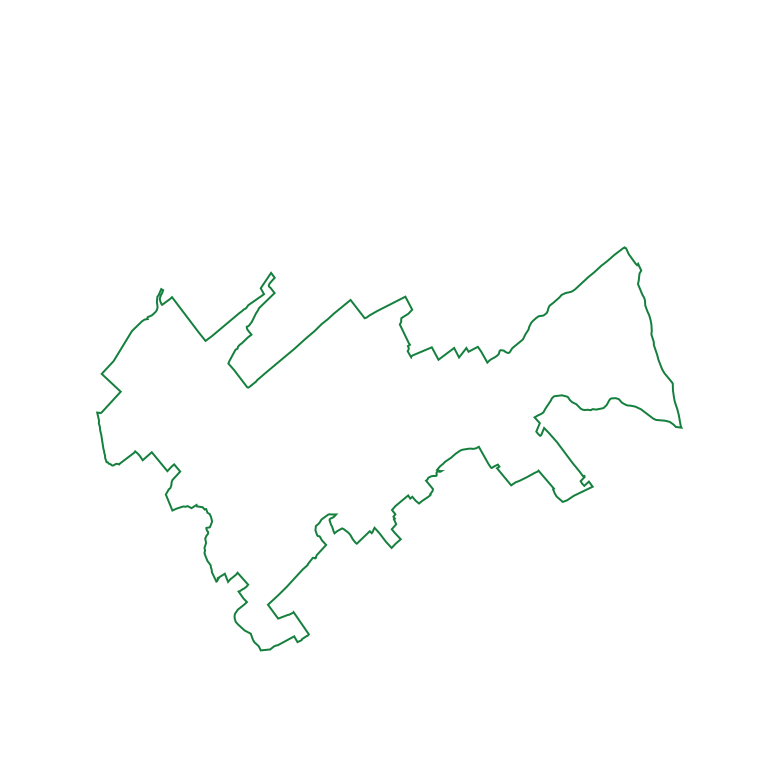 Lungani, Iasi, Romania, rotated 241°
{"feature_id": "2599482B77898922743518", "entity_name": "Lungani", "entity_type": "district", "adm_level": 2, "iso_a3": "ROU", "parent_name": "Romania", "parent_adm1": "Iasi", "projection": "natural_earth1", "projection_center": [27.139, 47.151], "detail": "fine", "context": "isolated", "style": "outline", "palette": "green", "viewbox_px": 768, "rotation_deg": 241, "n_neighbors": 0, "source": "geoboundaries", "source_scale": "gbopen_adm2", "svg_char_len": 6166}
<svg xmlns="http://www.w3.org/2000/svg" viewBox="0 0 768 768"><g transform="rotate(241 384 384)"><path d="M498.0,119.3L489.8,116.9L487.9,115.5L484.5,114.8L480.8,113.2L476.7,112.1L462.9,107.0L460.9,106.7L459.9,106.1L456.3,105.2L454.7,104.3L450.1,103.5L449.6,104.4L447.7,104.7L446.4,106.0L445.1,106.3L444.0,107.5L444.0,111.0L443.3,112.2L442.0,113.4L442.4,114.1L445.0,132.3L445.7,133.7L442.5,134.9L439.2,135.6L434.3,136.0L436.9,147.8L412.8,152.3L414.6,157.8L415.4,161.5L406.2,163.3L402.6,152.4L401.0,150.6L398.5,148.9L396.5,146.6L396.2,144.7L393.1,139.6L375.9,137.6L375.6,141.8L374.3,148.8L372.7,151.3L372.4,153.0L368.7,155.5L369.1,161.4L367.6,161.1L364.2,165.6L361.2,166.3L361.2,167.0L360.8,167.8L357.0,167.2L354.6,168.5L351.4,168.2L347.1,167.0L345.2,164.9L343.1,162.2L344.2,158.9L343.4,158.4L341.5,158.1L340.2,158.4L339.1,158.1L338.0,157.0L337.5,155.4L335.5,152.7L331.4,151.4L330.1,150.2L327.9,147.7L326.6,147.1L325.1,146.8L323.5,145.2L321.9,144.7L314.9,143.8L309.6,144.5L307.5,143.7L305.6,143.4L302.6,142.2L292.4,141.6L292.3,141.9L293.2,143.6L294.1,144.0L294.1,144.9L294.8,144.8L295.2,152.8L286.5,151.7L287.7,154.9L288.9,162.0L289.9,164.4L274.3,167.9L273.4,165.5L272.9,162.2L273.1,161.2L272.7,157.8L273.0,156.2L264.6,157.1L259.7,158.4L258.8,154.7L257.5,146.7L255.1,142.1L253.2,140.6L251.2,139.7L247.8,139.0L244.3,139.8L236.0,142.6L230.2,146.4L223.9,145.4L221.1,145.4L215.4,147.3L210.7,147.1L207.0,155.8L207.8,160.4L207.6,162.7L207.0,164.3L206.8,183.1L200.2,183.2L199.9,187.3L200.0,187.9L200.6,188.6L201.0,193.9L200.9,195.5L201.5,196.9L228.3,194.3L228.0,193.7L228.2,189.0L228.6,188.2L230.1,177.7L247.2,175.5L250.4,188.7L253.7,200.5L261.2,223.0L262.7,229.6L263.3,230.0L266.1,236.6L266.4,237.7L265.8,238.6L264.9,239.1L264.9,240.1L266.0,241.0L266.9,242.2L271.3,255.4L277.3,253.9L281.5,253.9L282.0,253.8L283.0,252.5L284.0,252.2L289.3,253.1L292.8,255.6L293.3,258.5L294.0,260.5L295.8,263.7L296.8,271.9L296.5,273.2L295.5,274.5L293.1,278.9L292.1,275.8L292.0,273.7L292.3,271.7L291.5,270.4L286.9,269.5L284.3,269.4L281.1,268.9L280.0,268.5L277.4,268.3L278.0,271.9L278.0,277.4L276.6,278.4L271.1,280.8L268.0,281.4L263.4,281.4L259.1,282.1L257.5,282.8L262.1,300.2L259.5,300.9L260.3,302.7L261.7,304.3L262.8,306.0L255.5,307.7L245.1,309.2L236.9,311.2L238.6,316.5L240.1,323.4L248.7,321.2L253.2,320.4L255.4,326.7L261.0,327.1L261.0,328.2L263.3,327.9L264.6,330.8L269.9,329.9L271.7,334.9L274.8,351.1L271.1,351.4L271.6,354.1L266.5,355.1L262.5,356.7L263.2,360.5L263.9,368.7L264.4,370.9L264.6,371.2L265.3,371.1L266.8,374.6L268.4,375.9L279.1,373.9L279.3,375.6L280.5,377.3L280.4,380.3L280.0,381.7L278.3,385.3L279.0,386.1L280.8,386.8L281.2,387.2L281.6,388.4L280.0,390.5L280.0,392.0L280.8,390.6L283.1,388.7L284.8,393.0L285.6,397.4L286.3,399.3L287.0,407.0L288.2,412.5L288.8,418.1L288.6,420.3L286.6,426.0L285.5,428.5L284.3,430.0L283.6,431.7L283.1,433.4L283.1,436.5L263.6,436.6L259.0,437.0L258.3,437.5L258.5,441.1L258.3,444.5L255.7,444.8L255.5,442.0L233.7,446.1L234.2,451.6L233.6,455.4L233.2,464.0L233.2,472.6L232.9,476.2L233.3,477.1L210.0,481.9L209.9,480.8L205.4,480.3L201.9,480.4L194.2,483.2L193.5,487.6L194.2,495.8L193.0,516.7L199.3,515.9L197.8,509.8L200.8,509.0L203.7,508.9L205.4,514.4L206.5,514.7L206.7,514.4L206.5,513.5L207.2,513.3L212.1,512.7L223.6,510.6L249.2,507.1L261.1,504.5L267.9,502.7L263.1,496.8L262.9,495.5L265.6,494.6L268.5,494.1L274.2,501.3L281.8,499.5L281.9,504.1L281.6,506.3L281.8,509.5L284.3,513.5L288.5,521.7L290.0,523.8L290.7,526.2L290.7,527.1L287.8,534.2L284.3,537.9L283.3,538.5L279.7,538.8L276.8,539.8L273.1,542.4L267.0,544.1L265.1,545.4L263.9,546.9L262.7,549.7L260.8,552.2L260.9,554.2L258.7,557.3L256.5,564.3L257.7,568.7L260.6,573.2L261.1,574.5L261.2,575.7L259.6,579.2L258.5,580.6L256.7,582.1L252.4,583.0L248.8,585.2L247.1,586.7L245.4,589.3L242.4,592.8L237.3,596.5L223.2,602.7L220.6,604.6L215.6,612.1L212.3,615.6L208.3,617.5L204.9,618.5L201.6,623.0L203.5,623.2L214.0,626.8L219.7,628.3L227.4,629.7L230.8,630.8L238.3,633.6L244.2,636.7L245.6,636.7L257.5,634.5L262.2,634.4L272.2,635.8L277.3,637.1L287.2,638.9L289.9,640.3L297.3,641.8L298.4,642.3L300.5,643.9L306.4,646.7L310.8,648.2L315.6,649.3L320.0,649.6L326.1,650.6L330.2,652.6L332.7,653.3L337.3,653.3L348.3,654.6L350.8,656.8L356.8,661.1L358.5,664.0L365.9,664.5L365.2,663.0L367.2,662.4L378.9,661.0L385.4,661.5L386.2,660.6L386.8,660.6L386.8,659.0L385.2,648.0L383.1,638.2L382.1,631.6L379.7,621.7L378.5,614.8L374.1,596.9L373.8,593.4L374.1,591.5L375.5,587.0L375.8,582.5L374.7,579.5L373.1,572.4L372.2,566.9L371.0,565.0L368.4,562.4L367.2,560.8L366.6,557.3L366.7,556.2L368.2,552.4L368.0,549.5L367.1,545.4L366.2,542.5L363.4,538.5L361.6,536.9L359.1,532.1L355.6,527.1L353.3,514.5L353.0,513.3L351.0,509.7L350.7,508.7L350.9,507.5L353.1,505.8L355.1,505.0L357.1,502.3L356.8,501.1L354.7,499.1L353.9,496.6L353.6,493.9L353.7,490.3L353.5,487.9L352.6,484.8L365.3,484.7L371.0,484.1L371.2,473.6L375.5,473.5L370.8,462.5L381.5,462.8L378.8,443.4L392.9,443.6L395.1,422.8L394.9,421.4L394.3,420.7L401.2,420.6L402.1,422.0L403.2,423.0L405.6,423.3L405.7,425.7L407.6,425.5L428.4,426.7L429.5,428.5L430.2,429.3L431.6,430.0L433.2,431.2L433.6,439.3L435.3,444.7L450.0,445.0L451.1,413.6L451.0,404.4L450.5,401.1L450.9,399.0L473.7,395.5L469.8,374.0L467.9,366.2L466.6,358.5L463.8,348.4L461.9,338.6L458.2,322.7L451.4,287.3L448.9,275.1L448.1,273.1L446.6,264.3L446.7,263.4L447.5,262.8L449.4,262.5L468.7,259.7L477.3,257.8L478.9,259.7L486.0,270.8L485.9,273.0L487.4,274.4L488.3,277.1L488.5,279.4L490.7,287.4L491.4,292.0L497.6,290.9L499.6,291.2L500.6,291.8L500.4,293.2L500.6,294.5L502.4,298.5L507.9,306.4L509.7,309.9L510.8,311.1L516.6,332.4L523.0,331.4L524.9,330.7L525.7,330.8L526.5,331.5L527.5,332.9L529.9,339.9L535.9,339.1L527.5,322.6L520.7,322.6L518.7,303.4L517.1,300.1L517.1,297.4L516.4,294.2L516.2,292.2L509.3,256.8L508.2,248.8L519.4,246.9L562.7,240.7L562.1,238.3L560.8,228.3L561.9,228.1L564.4,228.4L566.8,229.0L567.9,229.8L569.9,232.0L571.0,233.9L573.1,236.3L575.0,235.2L570.7,229.6L570.3,228.2L566.0,225.2L560.9,223.2L558.9,221.3L557.9,219.6L556.6,214.5L557.0,209.7L556.2,208.8L555.4,208.8L556.4,205.9L556.2,202.9L552.5,189.2L535.1,158.6L529.7,142.0L504.9,150.0L496.1,123.6L495.9,122.6L496.1,122.0L498.0,119.3Z" fill="none" stroke="#15803d" stroke-width="2"/></g></svg>